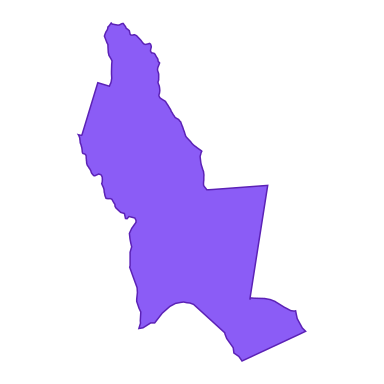 the district of Derriere Dos, Anse-la-Raye, Saint Lucia
{"feature_id": "8701671B59724395423262", "entity_name": "Derriere Dos", "entity_type": "district", "adm_level": 2, "iso_a3": "LCA", "parent_name": "Saint Lucia", "parent_adm1": "Anse-la-Raye", "projection": "natural_earth1", "projection_center": [-61.009, 13.927], "detail": "fine", "context": "isolated", "style": "filled", "palette": "violet", "viewbox_px": 384, "rotation_deg": 0, "n_neighbors": 0, "source": "geoboundaries", "source_scale": "gbopen_adm2", "svg_char_len": 5168}
<svg xmlns="http://www.w3.org/2000/svg" viewBox="0 0 384 384"><path d="M78.4,134.8L78.8,135.5L79.2,136.5L79.5,137.3L79.6,137.6L79.8,138.4L79.8,139.2L79.9,139.4L80.0,140.3L80.1,141.3L80.2,141.9L80.2,142.5L80.3,143.0L80.5,143.5L80.8,144.2L81.0,144.8L81.2,145.5L81.3,146.1L81.6,147.0L81.8,147.7L81.9,148.4L82.0,149.0L82.1,150.1L82.2,150.6L82.2,151.2L82.3,151.9L82.5,152.8L82.7,153.2L83.2,153.6L83.7,153.7L84.6,153.9L85.1,154.3L85.5,154.8L86.0,155.2L86.1,156.0L86.2,156.7L86.2,157.4L86.2,158.0L86.3,159.0L86.4,159.7L86.4,160.5L86.5,161.1L86.6,161.9L86.6,162.5L86.7,163.3L86.9,164.0L87.2,165.0L87.4,165.4L87.8,166.0L88.1,166.4L88.7,167.2L88.9,167.7L89.3,168.3L89.8,168.9L90.2,169.7L90.5,170.1L90.8,170.8L91.0,171.4L91.2,172.1L91.5,172.9L91.9,173.5L92.3,174.0L92.8,174.7L93.2,175.0L93.7,175.6L94.2,175.8L95.1,175.7L95.7,175.4L96.1,175.2L96.7,174.9L97.5,174.6L97.9,174.4L98.5,174.0L99.1,174.2L100.0,174.4L100.5,174.6L100.9,174.8L101.3,175.2L101.8,176.2L102.1,176.7L102.2,177.3L102.3,177.9L102.3,179.1L102.4,179.6L102.3,180.4L102.3,181.0L102.2,181.9L102.1,182.6L101.8,183.2L101.7,183.7L102.1,184.6L102.3,185.1L102.6,185.7L102.9,186.4L103.2,187.1L103.5,187.7L103.7,188.5L103.9,189.1L104.1,190.0L104.1,190.6L104.2,191.4L104.2,192.0L104.4,192.8L104.6,193.5L104.7,194.2L104.8,194.8L105.0,195.7L105.2,196.3L105.5,197.0L105.6,197.4L106.0,198.3L107.0,198.6L108.8,198.7L110.3,198.6L111.2,199.0L111.9,199.3L113.4,202.0L114.3,203.5L114.9,204.2L115.0,206.2L115.8,207.8L118.4,210.3L120.7,212.4L124.4,213.5L125.5,218.5L127.1,218.7L129.0,216.5L134.8,218.0L136.0,220.3L136.0,222.3L131.7,228.4L129.4,233.4L130.0,238.9L130.8,243.2L131.7,246.8L130.1,252.2L130.1,261.0L130.1,265.6L129.7,267.2L132.4,274.8L137.1,287.7L137.4,292.6L136.7,299.2L136.7,301.4L139.0,308.2L140.8,312.0L140.3,320.7L140.5,323.2L138.9,328.5L143.0,327.8L150.7,322.9L154.7,322.9L162.2,313.2L169.9,306.4L175.5,303.4L180.3,302.5L183.6,302.0L186.7,302.7L189.8,303.0L193.6,304.4L224.8,332.8L224.9,333.8L226.7,338.5L233.2,347.7L233.9,353.0L236.2,354.6L238.8,356.4L240.8,359.2L242.0,361.0L301.4,333.3L305.6,331.3L302.3,328.0L299.4,322.7L297.2,318.6L296.2,313.9L295.6,310.8L294.3,311.1L292.7,310.9L290.7,310.6L286.8,308.5L284.4,307.3L278.3,303.5L276.3,302.3L274.8,301.3L273.4,300.8L270.4,299.6L264.6,298.5L254.0,298.2L250.5,297.9L250.2,298.7L249.8,299.6L258.0,247.2L267.7,185.4L212.8,189.5L207.9,189.8L206.7,189.7L206.5,189.4L206.2,188.9L205.4,187.9L204.4,186.7L203.6,185.4L203.5,183.5L203.6,181.7L203.8,180.0L203.8,178.3L203.8,177.0L203.9,175.2L203.9,174.9L203.5,171.5L203.2,170.7L202.8,169.8L202.5,168.7L202.1,167.4L201.3,164.9L200.9,163.1L200.7,161.7L200.4,159.1L200.1,156.7L200.2,156.0L200.4,155.3L200.4,155.2L200.8,154.0L201.0,152.9L201.4,152.0L201.8,151.2L201.4,150.8L200.0,149.8L198.7,148.9L196.9,147.6L196.3,147.1L196.1,146.9L194.9,146.1L193.5,145.0L193.0,144.5L192.5,144.0L191.9,143.4L191.4,142.7L190.5,141.5L188.6,139.5L187.4,138.2L186.6,137.4L185.6,136.1L185.6,135.8L185.5,135.5L185.0,134.1L184.2,131.4L184.1,131.2L183.5,129.7L183.0,128.1L182.5,126.6L182.1,125.8L181.8,125.0L181.1,123.1L180.7,121.9L179.9,121.2L178.9,119.8L178.2,119.2L176.8,118.5L176.5,118.3L176.4,118.2L175.2,117.6L174.7,116.8L174.0,115.7L173.9,115.5L173.6,115.2L173.1,114.5L172.9,114.1L172.8,113.9L172.2,112.8L171.6,111.9L171.1,111.2L171.0,110.8L171.0,110.5L170.7,109.9L169.9,108.5L169.6,108.1L169.3,107.6L168.0,105.4L166.4,103.0L165.5,101.5L164.9,101.0L163.5,100.2L161.3,98.8L160.3,98.1L160.2,98.0L159.7,97.4L159.3,96.7L159.0,95.8L158.8,95.2L159.0,94.6L159.5,93.1L159.8,90.5L159.6,88.1L159.5,87.5L159.5,87.3L159.3,86.2L159.1,85.5L158.6,84.4L158.0,82.5L158.0,82.3L158.0,82.2L158.1,81.6L158.4,80.8L158.7,79.8L158.6,78.8L158.7,78.3L158.7,77.2L158.7,76.3L158.7,76.1L158.7,75.9L158.7,75.2L158.7,74.2L158.6,73.6L158.2,72.3L157.9,71.5L157.7,71.0L157.5,69.5L157.7,68.2L157.7,67.9L158.4,66.1L159.5,63.3L159.6,62.9L159.4,62.6L158.5,61.8L158.2,61.4L158.0,60.3L157.9,59.5L157.9,59.3L157.6,58.7L157.4,58.3L156.7,57.3L156.4,56.9L155.1,54.4L154.7,53.9L154.4,53.5L152.7,53.0L152.0,52.9L151.7,52.9L151.2,52.3L150.8,51.6L150.5,51.1L150.5,50.4L150.6,50.2L150.6,49.8L150.8,48.9L151.3,46.9L151.1,45.9L151.0,45.3L150.7,44.7L150.5,44.1L149.7,43.5L149.5,43.4L149.3,43.4L148.5,43.8L147.0,44.1L145.8,44.4L145.1,44.4L144.9,44.4L144.2,44.0L143.8,43.9L142.7,42.7L141.9,41.7L141.0,40.4L139.9,39.2L138.1,37.3L137.5,36.7L136.6,35.7L134.5,34.7L133.8,34.9L133.7,34.8L132.1,35.2L130.9,35.0L130.1,34.2L129.9,33.3L129.3,30.7L127.7,29.3L126.2,28.3L125.6,26.8L124.6,25.4L123.9,24.5L123.3,23.5L123.1,23.5L122.5,23.5L121.8,23.7L120.9,24.1L119.7,24.8L119.1,25.0L117.8,25.1L117.3,25.0L114.5,24.5L113.1,24.2L112.3,24.2L111.7,23.5L111.2,23.0L110.6,23.8L110.0,24.7L108.6,26.4L107.9,27.0L107.8,28.1L107.5,29.3L106.8,30.6L106.0,31.8L105.2,33.7L104.4,36.1L106.2,40.8L106.9,42.6L107.5,43.8L107.9,44.4L108.0,47.4L108.2,50.9L108.3,52.6L108.7,54.1L108.9,55.3L110.8,58.5L112.0,60.8L111.9,62.3L111.7,64.4L111.6,67.9L111.5,71.1L111.5,74.1L111.6,75.8L111.7,77.5L111.7,78.8L111.4,80.0L111.3,81.2L110.8,83.0L110.1,84.4L109.4,86.2L97.8,82.7L82.2,134.1L82.0,134.7L81.6,135.3L81.1,135.2L80.9,135.2L80.3,135.2L79.7,135.1L79.1,134.9L78.7,134.9L78.4,134.8Z" fill="#8b5cf6" stroke="#5b21b6" stroke-width="1.5"/></svg>